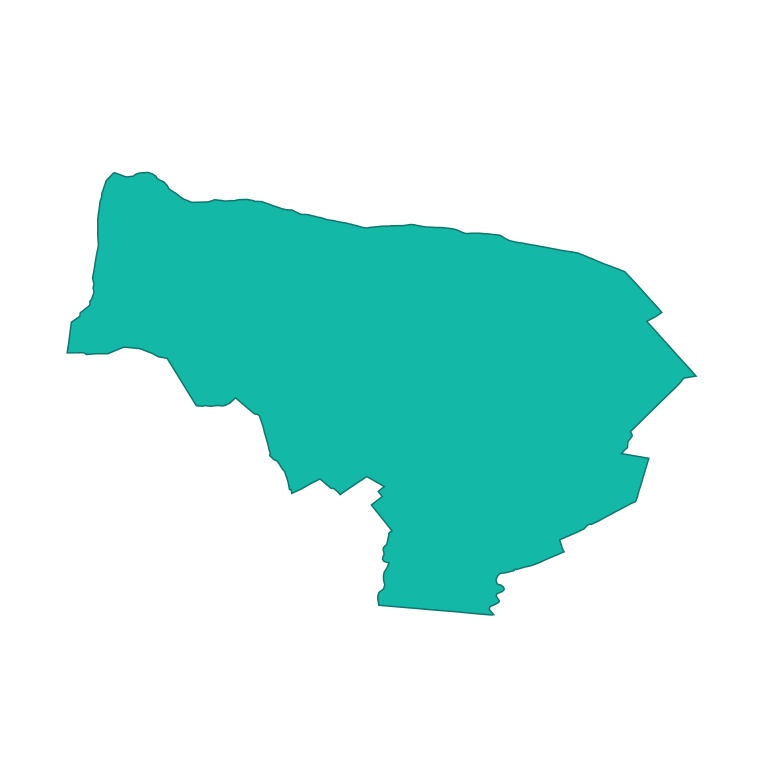 Piscolt, Satu Mare, Romania, rotated 353°
{"feature_id": "2599482B22102589604948", "entity_name": "Piscolt", "entity_type": "district", "adm_level": 2, "iso_a3": "ROU", "parent_name": "Romania", "parent_adm1": "Satu Mare", "projection": "equal_earth", "projection_center": [22.262, 47.586], "detail": "fine", "context": "isolated", "style": "filled", "palette": "teal", "viewbox_px": 768, "rotation_deg": 353, "n_neighbors": 0, "source": "geoboundaries", "source_scale": "gbopen_adm2", "svg_char_len": 6159}
<svg xmlns="http://www.w3.org/2000/svg" viewBox="0 0 768 768"><g transform="rotate(353 384 384)"><path d="M637.8,490.0L624.1,485.9L611.3,482.0L614.2,479.4L615.0,478.7L616.8,477.5L617.9,476.9L618.0,476.7L618.4,474.3L619.0,471.4L620.0,469.9L622.1,467.9L623.5,466.5L623.9,465.9L624.1,465.3L624.1,464.8L623.8,464.1L623.5,463.0L622.8,461.3L633.5,453.1L643.5,445.4L656.9,435.2L663.6,430.0L673.4,422.7L677.7,419.2L681.1,415.7L682.6,414.7L690.7,414.3L694.7,414.2L688.8,405.6L684.8,399.9L683.5,398.2L677.7,390.0L671.6,381.1L662.7,368.5L662.2,367.7L658.2,361.9L652.4,353.9L662.4,350.0L664.9,348.7L668.5,346.8L665.8,342.8L658.0,331.8L649.7,319.8L641.2,308.0L636.6,301.8L624.3,295.3L617.2,291.6L614.2,289.9L611.1,288.2L605.9,285.1L604.0,284.1L601.3,282.6L599.1,281.3L593.6,278.2L591.7,277.4L590.0,276.8L588.1,276.3L586.6,275.8L580.2,274.1L574.3,272.3L559.1,267.4L555.3,266.3L551.5,265.0L548.6,264.2L542.7,262.4L538.6,261.0L534.3,259.9L531.1,258.9L525.8,256.9L525.3,256.5L522.8,254.9L522.0,254.3L519.4,252.1L518.3,251.3L517.1,250.5L516.0,250.1L510.4,248.9L507.8,248.3L507.5,248.1L497.6,246.1L497.2,246.0L490.2,245.1L485.1,244.8L483.0,244.4L480.3,243.1L476.6,240.8L474.6,239.8L471.9,238.6L470.7,238.2L464.5,236.7L460.6,235.8L458.8,235.5L455.0,235.0L453.1,234.7L448.7,233.9L446.2,233.5L444.4,233.2L442.0,232.5L440.1,231.9L437.7,231.1L436.1,230.7L433.7,229.7L430.6,229.0L428.7,229.0L424.7,229.1L422.8,229.1L420.0,228.9L417.5,228.5L414.6,228.3L410.1,227.8L409.6,227.9L409.3,228.0L405.9,227.6L401.3,227.1L398.7,227.1L395.6,227.0L391.9,227.0L390.1,226.9L388.7,226.9L385.9,227.0L385.4,227.0L384.7,226.9L380.4,225.4L376.0,223.5L372.8,222.3L371.8,221.8L370.8,221.4L368.8,220.8L368.3,220.6L366.8,220.0L365.5,219.4L361.3,218.3L357.7,217.2L354.2,215.7L353.2,215.5L349.3,214.5L348.2,214.2L347.1,213.8L344.3,212.5L343.5,212.1L341.8,211.3L341.3,211.1L339.5,210.6L338.7,210.4L337.8,210.0L336.7,209.5L334.2,208.6L328.7,206.5L328.0,206.4L326.7,206.2L325.0,205.9L323.5,205.7L322.2,205.4L321.5,205.1L315.9,201.5L313.8,200.0L312.8,199.9L311.0,199.7L310.0,199.5L309.0,199.3L308.0,199.0L305.4,198.1L304.4,197.8L302.3,196.7L301.1,196.0L300.1,195.6L299.0,195.2L297.1,194.2L296.4,193.9L292.3,191.7L287.2,189.3L285.1,188.2L284.2,187.9L283.2,187.8L281.6,187.5L280.0,187.2L278.7,187.2L277.2,186.4L275.6,185.7L273.4,185.0L272.0,184.6L271.0,184.3L270.2,184.0L266.5,183.7L264.7,183.6L264.1,183.5L262.8,183.3L261.2,183.5L259.0,183.6L257.9,184.0L256.9,183.7L255.1,183.4L253.9,183.4L250.5,183.2L249.3,183.1L248.0,182.9L247.1,182.7L245.8,182.2L244.1,181.8L243.1,181.7L241.9,181.4L239.6,180.7L238.4,180.5L237.7,180.6L234.6,181.3L231.5,181.8L231.1,181.8L225.7,181.3L219.4,180.7L217.4,180.5L215.7,180.3L214.5,179.9L212.0,178.4L207.9,176.2L205.9,174.6L205.2,174.0L203.5,172.4L202.9,171.7L202.6,171.3L200.3,169.1L199.5,168.4L198.4,167.6L197.8,167.1L196.7,166.2L195.5,165.1L195.1,164.8L194.5,164.4L194.3,164.0L193.9,162.9L193.4,161.5L193.1,160.7L192.7,160.0L192.3,159.6L191.3,158.2L190.4,157.0L189.1,155.9L188.4,155.4L187.8,155.1L187.0,154.8L186.2,154.3L185.7,153.8L184.0,152.3L183.7,151.9L183.2,150.7L182.5,149.6L181.3,148.5L179.7,147.3L178.2,146.5L175.5,145.3L174.6,145.1L171.9,145.0L167.1,144.8L165.4,145.0L164.1,145.3L162.7,145.8L160.5,147.2L159.8,147.2L158.3,147.1L155.6,147.2L154.3,147.2L151.8,146.4L150.5,145.7L146.0,143.3L142.5,141.6L141.3,141.6L133.2,148.2L131.7,151.2L129.5,155.8L127.2,160.5L126.4,164.4L124.3,168.6L122.8,174.9L121.3,180.2L119.9,185.9L118.7,196.8L118.6,197.3L118.0,201.7L117.5,211.0L116.3,215.5L115.0,218.6L112.0,228.8L110.2,235.2L107.6,243.5L108.3,249.2L108.2,250.2L107.3,251.9L107.0,254.1L107.4,256.1L107.4,257.2L107.0,258.3L106.6,259.2L105.4,261.5L104.8,263.0L103.8,264.6L103.4,265.1L102.6,265.6L102.2,266.0L102.0,266.8L102.0,267.7L102.0,268.5L101.8,269.0L101.4,269.9L100.1,271.0L96.9,272.8L94.4,274.4L92.1,275.7L91.2,276.3L90.3,279.8L81.3,284.5L78.6,294.6L76.2,304.3L73.3,314.5L90.2,316.4L92.1,318.4L94.9,318.6L101.2,318.8L113.6,320.3L125.0,317.1L129.7,315.9L130.9,315.8L145.8,319.1L157.0,325.0L163.4,329.5L171.9,332.1L195.1,382.7L201.1,383.9L203.4,383.6L209.3,385.0L212.0,385.0L216.6,385.1L220.1,385.9L222.2,386.1L224.0,385.8L228.6,384.2L234.8,379.7L235.0,379.7L250.1,396.2L250.9,397.0L251.1,397.2L252.0,397.9L252.7,398.3L253.9,398.5L255.5,399.3L255.8,399.6L256.1,399.9L256.6,401.0L256.9,402.5L258.8,411.6L259.4,417.1L261.4,429.4L262.0,435.9L262.7,438.5L262.6,438.8L262.1,439.9L262.0,440.4L261.9,440.9L262.1,441.4L262.5,442.2L263.9,443.5L265.1,445.4L266.9,446.5L268.5,447.4L270.4,451.0L271.6,453.6L272.5,455.4L274.6,458.7L276.1,465.3L276.9,470.4L277.3,477.2L278.8,477.2L279.0,480.3L279.2,481.2L279.2,481.3L289.5,478.0L299.0,474.0L308.9,470.4L318.6,481.0L321.6,481.7L325.6,486.2L326.9,488.5L333.4,485.0L355.6,473.8L371.8,485.8L365.2,489.9L368.5,495.5L356.7,502.5L374.1,530.8L371.2,532.1L370.7,532.9L370.6,533.8L367.1,543.7L364.9,545.0L363.5,546.6L362.9,548.7L363.2,549.7L363.4,552.8L361.8,555.7L361.2,557.9L361.9,559.2L362.6,560.3L367.2,562.1L364.4,567.0L361.3,570.7L360.1,574.1L359.7,578.5L360.3,583.7L358.5,587.4L353.7,590.2L352.1,593.5L351.6,596.0L351.9,603.0L391.1,611.2L404.6,614.1L426.1,618.5L443.7,622.4L462.5,626.4L464.8,626.3L461.1,620.8L461.7,618.0L464.7,617.1L468.0,616.1L471.1,614.8L472.1,613.2L469.5,608.2L470.0,606.7L470.8,605.9L476.2,604.3L478.4,602.5L477.7,599.9L476.7,598.9L475.4,597.7L474.6,597.5L474.1,597.4L473.0,597.0L472.6,596.6L471.9,595.8L471.7,594.7L471.4,593.7L471.4,593.3L471.4,592.0L471.7,591.2L472.9,589.1L473.5,588.3L474.1,587.7L475.1,587.0L475.9,586.3L477.2,586.0L479.0,586.2L480.2,586.2L482.3,586.1L490.2,585.1L490.9,583.9L492.6,584.1L492.7,584.3L502.8,582.6L503.2,582.6L503.5,582.7L503.6,582.8L509.0,582.0L514.2,580.8L519.8,579.2L520.8,578.7L542.3,572.5L541.5,570.8L540.9,568.2L539.5,561.2L539.5,559.9L540.2,559.8L558.8,554.3L561.8,553.2L563.7,552.6L564.5,552.3L565.2,552.0L565.6,551.6L567.3,550.0L568.4,549.2L569.1,548.8L569.7,548.6L570.3,548.5L571.0,548.4L571.7,548.4L573.0,548.5L574.0,548.2L580.7,546.0L583.4,544.8L598.0,539.1L610.0,534.5L614.5,532.8L617.9,531.8L619.3,531.5L621.5,527.5L624.0,521.2L624.1,520.6L625.0,519.1L628.9,510.5L629.3,508.9L630.2,507.3L630.3,507.1L637.8,490.0Z" fill="#14b8a6" stroke="#0f766e" stroke-width="1.5"/></g></svg>